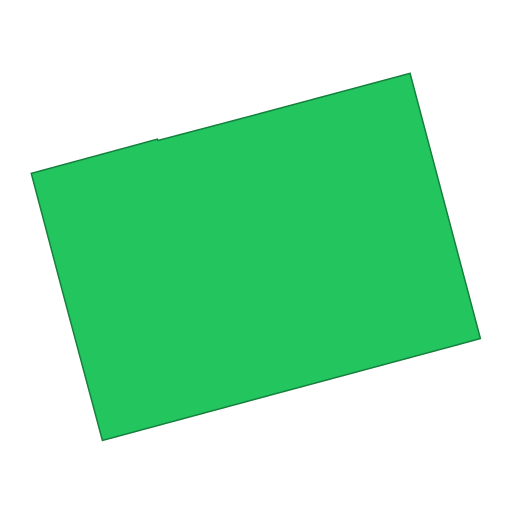 outline of Lancaster, Nebraska, United States of America, rotated 75°
{"feature_id": "52423323B49872749946321", "entity_name": "Lancaster", "entity_type": "district", "adm_level": 2, "iso_a3": "USA", "parent_name": "United States of America", "parent_adm1": "Nebraska", "projection": "robinson", "projection_center": [-96.715, 40.785], "detail": "fine", "context": "isolated", "style": "filled", "palette": "green", "viewbox_px": 512, "rotation_deg": 75, "n_neighbors": 0, "source": "geoboundaries", "source_scale": "gbopen_adm2", "svg_char_len": 333}
<svg xmlns="http://www.w3.org/2000/svg" viewBox="0 0 512 512"><g transform="rotate(75 256 256)"><path d="M117.6,321.0L118.0,451.7L244.5,452.1L394.4,452.1L394.1,278.2L394.1,256.5L393.9,82.4L393.8,60.6L309.6,60.4L120.9,59.9L119.4,59.9L119.4,234.0L119.0,320.9L117.6,321.0Z" fill="#22c55e" stroke="#15803d" stroke-width="1.5"/></g></svg>